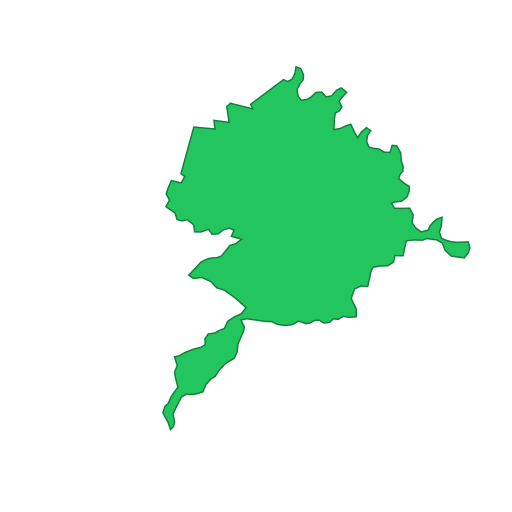 outline of Pérola d'Oeste, Paraná, Brazil, rotated 139°
{"feature_id": "56859067B51279708820455", "entity_name": "Pérola d'Oeste", "entity_type": "district", "adm_level": 2, "iso_a3": "BRA", "parent_name": "Brazil", "parent_adm1": "Paraná", "projection": "natural_earth1", "projection_center": [-53.752, -25.846], "detail": "fine", "context": "isolated", "style": "filled", "palette": "green", "viewbox_px": 512, "rotation_deg": 139, "n_neighbors": 0, "source": "geoboundaries", "source_scale": "gbopen_adm2", "svg_char_len": 2721}
<svg xmlns="http://www.w3.org/2000/svg" viewBox="0 0 512 512"><g transform="rotate(139 256 256)"><path d="M434.4,181.1L430.4,181.4L426.6,183.8L422.3,191.2L415.7,194.1L405.3,198.3L400.1,197.8L395.7,194.1L391.5,191.1L385.3,188.3L378.0,191.9L370.4,192.7L365.9,191.9L359.2,193.8L351.0,194.8L346.7,194.4L339.8,193.1L333.2,195.9L327.3,201.5L314.9,207.3L311.4,210.0L309.4,217.6L304.1,214.7L291.4,200.0L287.2,196.3L284.8,190.6L280.1,184.8L273.6,180.4L266.5,178.9L262.7,172.1L258.6,169.8L254.0,168.9L250.3,166.0L248.9,161.0L244.0,157.6L238.8,157.8L235.5,154.2L229.7,153.1L225.8,148.5L220.3,144.4L215.2,150.0L212.0,161.5L203.3,166.4L196.4,164.5L191.7,159.7L179.1,169.1L174.8,170.6L168.8,166.9L162.8,162.1L156.1,161.2L151.0,165.2L144.8,159.7L132.6,168.9L125.9,164.2L120.1,158.8L115.6,157.0L109.0,149.6L106.9,143.6L109.6,136.1L108.6,127.7L100.0,117.9L93.7,119.2L89.4,121.6L86.5,127.4L92.2,131.9L95.8,135.0L99.3,138.7L102.3,143.3L104.4,147.8L101.9,153.6L96.2,157.3L90.1,163.2L95.4,165.2L100.2,165.2L105.2,164.4L109.2,162.6L115.5,165.8L117.1,172.8L116.2,178.9L110.5,183.8L108.6,191.2L114.5,196.1L120.2,201.2L119.1,206.8L115.1,205.2L110.0,201.8L103.3,201.5L97.8,204.4L94.7,207.9L96.5,213.9L97.5,220.8L93.4,223.2L89.4,223.7L86.1,227.2L83.9,232.6L79.1,239.0L77.6,247.0L80.6,250.2L86.7,246.2L90.9,250.0L92.9,255.9L96.7,260.2L99.3,264.2L97.5,269.5L93.2,273.7L87.2,275.3L88.5,280.4L95.7,280.4L101.7,278.4L100.4,284.8L98.0,293.3L103.1,295.4L108.9,297.0L114.3,300.4L111.2,303.4L107.5,307.6L102.4,311.8L97.8,310.8L93.2,312.3L91.9,318.2L86.7,319.3L80.2,320.0L81.3,326.9L86.3,328.2L93.8,327.2L98.8,330.1L98.8,336.5L103.3,340.1L110.5,339.9L114.7,340.7L119.7,343.9L119.4,348.8L115.8,354.9L109.5,357.1L104.7,358.1L101.3,361.5L99.3,367.9L101.7,372.5L107.0,368.1L112.5,365.8L117.6,366.9L119.6,371.1L160.5,374.0L162.0,369.3L172.5,384.3L175.0,388.0L180.0,388.0L188.7,374.5L198.8,386.0L203.6,378.7L218.3,394.1L258.6,367.4L257.7,362.7L264.5,360.2L270.3,368.4L277.1,365.3L283.0,361.8L284.7,355.0L291.6,352.3L288.9,341.5L291.6,335.4L288.9,331.1L284.1,328.5L282.6,320.5L286.5,314.5L281.7,310.2L274.2,307.3L274.9,301.3L270.0,297.5L264.1,297.3L258.1,294.9L255.7,289.9L261.7,287.0L255.8,278.0L263.8,278.7L268.5,281.1L272.9,280.3L282.1,278.7L286.0,280.1L292.6,284.8L296.8,286.4L301.7,287.5L308.1,286.7L319.3,285.6L318.0,280.3L311.0,275.3L306.8,266.3L306.4,257.4L302.4,251.2L299.3,238.2L297.4,223.5L305.0,222.1L312.0,224.2L320.2,225.3L327.3,222.1L333.0,224.0L337.1,224.7L343.3,228.5L349.0,226.9L352.5,222.4L357.2,223.2L364.8,226.9L373.0,229.8L379.7,231.1L383.6,233.5L387.3,225.0L393.7,221.8L396.7,216.8L401.0,208.3L407.3,206.8L413.1,205.2L419.0,202.3L423.1,202.3L429.1,198.8L431.4,188.3L434.4,181.1Z" fill="#22c55e" stroke="#15803d" stroke-width="1.5"/></g></svg>